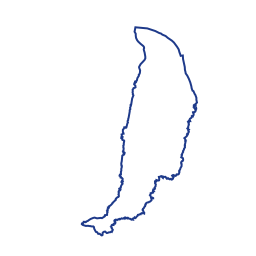 the district of Oiapoque, Amapá, Brazil, rotated 340°
{"feature_id": "56859067B61073882793366", "entity_name": "Oiapoque", "entity_type": "district", "adm_level": 2, "iso_a3": "BRA", "parent_name": "Brazil", "parent_adm1": "Amapá", "projection": "orthographic", "projection_center": [-52.103, 3.225], "detail": "fine", "context": "isolated", "style": "outline", "palette": "blue", "viewbox_px": 256, "rotation_deg": 340, "n_neighbors": 0, "source": "geoboundaries", "source_scale": "gbopen_adm2", "svg_char_len": 5949}
<svg xmlns="http://www.w3.org/2000/svg" viewBox="0 0 256 256"><g transform="rotate(340 128 128)"><path d="M141.9,184.8L142.7,184.5L143.9,185.3L143.3,185.9L143.8,186.9L144.5,186.1L146.5,186.7L147.1,188.9L147.8,188.9L147.9,189.2L148.3,189.4L148.6,189.0L149.7,190.5L151.0,190.4L151.2,191.3L151.5,191.5L153.0,191.0L153.4,190.1L154.1,189.7L153.8,188.5L153.3,188.3L153.2,187.8L154.4,187.6L156.4,189.3L157.4,188.9L157.7,188.3L158.1,188.2L159.2,188.8L160.0,188.6L161.2,187.1L161.1,186.6L161.6,186.1L161.6,185.5L162.7,184.9L163.6,183.6L165.2,182.3L166.1,180.2L165.8,179.8L166.2,178.4L167.3,177.6L167.8,177.8L168.3,177.6L168.9,176.9L169.3,175.2L168.1,173.9L168.4,173.7L168.5,173.1L168.9,172.8L169.1,171.7L169.6,171.7L170.1,170.6L171.7,169.3L171.7,168.6L172.2,168.2L173.2,167.4L173.5,166.7L174.9,165.7L175.2,164.3L175.5,164.2L175.7,163.7L175.6,163.3L177.0,161.3L177.2,160.2L177.9,159.9L177.6,159.2L178.0,158.8L177.9,158.2L177.5,156.8L180.4,155.8L181.0,155.1L181.0,154.8L182.0,154.6L182.1,154.3L181.5,154.1L181.7,153.6L182.6,153.6L183.9,152.4L183.6,151.2L184.7,150.4L184.3,150.0L184.3,149.4L183.8,149.3L183.6,148.7L184.8,148.1L185.0,147.3L186.4,145.6L186.3,144.9L187.0,144.0L187.1,143.5L187.1,143.3L186.6,143.3L186.5,142.7L187.0,142.6L187.3,142.2L188.8,142.8L188.8,142.5L188.1,142.0L188.1,141.8L189.4,140.5L191.0,140.1L191.9,139.5L192.0,138.6L192.3,138.5L193.0,139.2L193.4,138.6L193.9,138.4L194.6,137.2L194.3,135.7L194.4,135.4L196.1,135.8L196.8,135.6L197.6,134.8L198.0,133.9L198.7,133.4L198.8,132.9L198.0,133.4L197.5,133.4L197.6,132.3L197.2,132.0L197.5,131.4L196.9,130.7L197.9,129.6L197.7,129.1L197.9,129.0L198.3,129.4L198.6,130.3L199.4,129.7L199.0,129.1L199.0,128.8L201.5,127.7L201.9,124.9L202.6,123.0L202.6,119.8L202.3,118.9L202.1,115.7L201.4,115.0L201.4,112.6L201.8,110.3L202.1,106.5L202.0,102.5L201.6,99.0L200.9,96.5L201.2,94.8L201.4,92.8L202.2,90.1L203.3,82.1L204.3,78.6L202.2,78.2L202.3,75.4L202.2,75.1L202.5,71.4L201.9,68.5L200.4,63.4L199.1,60.9L196.2,56.9L194.8,54.4L192.2,52.0L191.3,50.5L189.9,49.5L186.8,46.2L180.2,41.0L169.4,35.9L167.1,39.8L167.5,42.0L166.8,44.1L166.4,46.1L166.6,48.5L167.1,50.2L168.6,53.2L170.4,56.2L170.7,57.4L170.5,58.4L169.9,59.1L169.6,59.8L169.4,62.8L168.7,66.7L168.1,68.5L166.7,69.8L161.7,72.3L159.4,74.3L159.1,75.0L159.1,78.0L158.0,80.3L157.2,81.2L156.3,81.7L156.1,82.6L153.9,84.3L152.5,86.5L151.8,86.6L151.4,87.1L150.5,86.8L150.3,87.2L150.7,87.4L150.9,87.8L150.0,88.2L149.3,88.1L149.1,88.4L148.7,89.1L149.4,90.6L149.0,92.3L148.2,92.5L146.9,92.4L146.5,92.9L145.5,93.5L145.0,95.3L144.5,95.9L144.4,97.3L144.0,98.1L144.3,99.1L142.0,101.7L139.1,106.9L138.5,107.0L138.2,107.3L138.4,108.0L136.8,109.8L136.7,111.0L135.7,111.8L135.3,113.0L132.0,118.7L131.3,119.5L130.9,120.6L130.1,121.2L129.7,122.2L129.8,122.8L128.9,123.6L126.6,127.0L126.1,127.1L125.7,126.3L124.7,126.1L124.6,126.5L123.8,127.2L122.6,127.9L121.8,130.1L122.0,131.3L121.9,131.8L121.1,131.6L120.6,131.9L119.8,131.9L119.8,132.5L119.1,133.8L119.7,134.3L119.5,134.5L118.6,134.4L118.2,135.2L118.5,135.5L119.2,135.6L118.7,136.4L118.7,137.3L120.0,138.4L120.0,138.9L118.7,141.1L118.2,142.5L117.5,143.0L117.2,144.4L116.9,144.8L117.0,145.5L116.1,147.5L115.3,148.1L115.5,148.7L115.2,149.4L115.6,150.0L116.3,149.9L116.4,150.2L115.3,151.6L114.7,151.6L114.5,151.4L114.1,151.8L113.2,152.0L110.8,157.0L109.6,158.9L109.2,160.1L109.3,161.0L108.9,161.3L109.1,161.9L108.8,162.6L107.7,164.1L107.1,165.9L106.4,166.6L105.5,169.2L104.6,169.0L104.1,169.4L103.7,170.0L104.6,171.3L104.1,172.0L105.3,173.0L105.6,174.0L104.9,175.2L104.9,175.9L104.2,175.6L103.3,176.5L103.7,177.8L104.0,177.9L103.8,178.6L103.0,178.9L101.3,180.5L100.8,181.7L99.0,182.0L98.9,182.8L99.7,183.5L99.3,183.9L97.8,184.1L97.2,184.9L97.3,185.8L96.3,187.2L96.5,187.7L96.0,189.1L95.3,189.5L94.7,189.4L94.0,189.6L92.6,190.2L92.0,190.7L92.0,191.3L88.3,192.9L87.9,193.3L87.7,193.2L86.6,194.1L84.9,194.8L83.2,195.1L83.0,195.3L83.3,195.7L83.2,195.8L82.0,195.8L82.0,196.3L82.4,196.6L82.2,196.9L80.9,197.3L80.7,198.7L79.9,198.8L79.9,200.2L79.5,200.4L78.6,202.5L76.5,202.0L76.1,202.4L76.2,202.9L75.9,203.1L72.7,203.8L71.8,203.2L68.0,202.3L66.0,200.8L64.6,200.6L61.8,200.7L59.2,201.3L58.5,201.6L56.8,201.6L56.3,202.0L55.9,202.0L54.9,201.2L54.3,201.0L54.0,201.6L53.4,201.7L53.0,202.3L52.0,202.0L51.7,202.6L52.4,203.7L54.9,205.6L57.2,206.3L58.0,206.9L59.1,207.3L59.8,207.9L61.8,208.7L62.1,209.4L61.8,211.2L62.3,214.6L63.4,215.4L63.8,217.3L65.2,217.7L66.3,219.7L66.7,220.0L67.5,219.8L68.3,217.9L68.7,217.6L69.9,217.3L71.1,217.5L72.1,219.4L73.0,219.6L74.3,219.5L75.7,219.9L76.9,219.6L77.3,220.1L78.9,218.5L78.4,216.5L78.7,216.0L78.4,215.3L78.6,215.3L78.6,214.9L79.2,213.9L79.8,213.6L81.2,214.2L81.6,213.2L81.9,213.1L83.0,213.5L83.3,213.4L84.0,212.2L83.8,211.8L84.0,211.2L83.4,211.2L83.4,210.9L83.5,210.4L84.0,210.0L85.3,209.9L86.3,210.8L87.2,210.5L87.9,210.7L88.5,210.4L89.0,210.5L89.2,211.1L91.1,210.7L92.2,211.5L93.5,211.2L93.8,211.4L94.6,211.0L94.8,211.1L94.5,212.1L95.6,211.9L96.3,212.7L96.9,212.2L97.2,212.3L98.0,213.6L99.2,214.2L99.8,215.3L100.4,215.3L101.1,215.7L101.0,215.0L102.0,214.7L102.9,214.8L103.4,214.4L103.6,215.1L103.9,215.2L104.4,214.9L105.0,214.9L105.7,214.2L107.0,213.8L107.6,213.0L107.9,213.0L108.7,213.3L109.5,213.1L110.4,213.4L110.7,212.9L112.0,212.7L112.7,213.3L113.6,213.3L114.0,213.8L114.3,213.2L113.9,211.9L114.0,210.5L113.7,210.3L113.8,209.7L114.5,209.0L115.3,208.8L116.8,207.4L117.3,207.4L118.1,205.8L118.6,205.9L119.1,205.0L119.5,204.8L120.6,204.6L122.0,204.9L122.6,204.6L123.3,204.7L124.1,204.5L125.4,203.9L125.8,202.4L126.1,202.1L127.6,202.7L127.7,202.4L127.1,201.7L125.8,201.4L126.0,199.7L125.6,198.6L126.5,198.0L127.0,197.0L128.0,197.3L128.7,196.9L129.2,197.3L129.5,197.3L129.9,195.9L130.5,196.1L130.2,195.1L130.8,194.3L132.0,194.6L132.6,194.2L132.5,193.2L133.9,192.3L134.6,190.8L134.9,190.4L134.5,189.3L134.7,188.7L135.4,188.3L135.0,188.0L135.0,187.6L135.3,187.2L136.6,187.3L136.9,186.6L138.3,187.7L139.3,187.8L139.9,186.8L140.3,184.5L141.9,184.8Z" fill="none" stroke="#1e3a8a" stroke-width="2"/></g></svg>